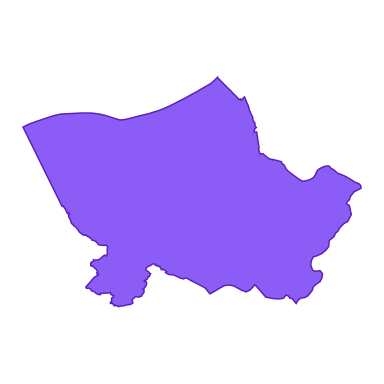 Moldova Noua, Caras-Severin, Romania, rotated 90°
{"feature_id": "2599482B11325322412339", "entity_name": "Moldova Noua", "entity_type": "district", "adm_level": 2, "iso_a3": "ROU", "parent_name": "Romania", "parent_adm1": "Caras-Severin", "projection": "albers", "projection_center": [21.687, 44.747], "detail": "fine", "context": "isolated", "style": "filled", "palette": "violet", "viewbox_px": 384, "rotation_deg": 90, "n_neighbors": 0, "source": "geoboundaries", "source_scale": "gbopen_adm2", "svg_char_len": 5197}
<svg xmlns="http://www.w3.org/2000/svg" viewBox="0 0 384 384"><g transform="rotate(90 192 192)"><path d="M294.6,285.6L294.6,283.5L293.6,284.0L293.2,283.0L293.2,281.7L293.4,280.7L293.2,279.5L293.2,278.2L293.1,277.0L293.0,275.8L293.1,275.5L292.5,273.6L292.9,273.6L293.3,273.3L293.8,273.2L294.4,273.2L295.9,270.1L296.8,270.8L297.1,271.0L297.7,271.8L298.0,272.3L299.1,272.4L299.7,272.4L301.1,272.4L301.6,272.5L302.5,273.7L303.5,273.5L303.2,271.6L304.9,270.5L305.9,269.4L305.0,268.9L306.0,266.8L306.3,266.2L306.5,265.4L306.6,265.1L306.2,263.8L305.9,262.4L305.8,261.1L305.7,259.7L304.8,257.5L304.8,256.5L304.7,255.6L304.6,254.7L304.4,253.7L304.3,253.3L303.0,251.1L300.9,251.7L299.5,251.6L298.5,250.4L296.7,248.6L296.8,246.8L297.1,244.8L296.5,243.6L296.2,242.7L294.3,241.4L293.3,240.7L292.6,240.1L291.5,240.0L290.6,240.0L289.1,240.1L289.1,240.6L289.1,240.8L288.2,239.8L287.1,238.9L285.9,238.1L283.6,237.3L283.1,237.4L281.8,237.7L281.1,238.3L281.2,239.0L281.4,240.4L280.8,239.6L279.7,238.2L279.3,237.4L279.0,236.7L278.0,236.2L277.7,236.2L277.0,236.2L277.0,235.8L276.8,235.4L276.4,234.5L276.2,234.4L274.8,234.0L273.8,233.4L273.3,234.4L271.8,235.3L271.0,237.0L270.0,237.8L269.9,238.0L269.3,238.1L267.8,237.7L266.7,236.3L266.1,235.5L265.7,233.9L264.8,232.5L264.0,231.4L263.8,230.3L263.8,229.4L264.9,229.0L265.4,228.4L265.1,227.3L265.9,226.9L266.3,225.7L266.4,224.4L266.7,224.0L267.6,223.8L268.7,223.0L269.8,222.6L269.2,221.0L271.6,217.4L272.6,218.4L274.2,216.0L274.7,213.8L274.7,210.9L275.6,209.1L276.7,206.4L278.0,203.9L278.9,200.8L277.9,197.7L281.2,191.8L286.3,181.7L288.4,178.4L293.9,174.1L286.4,161.1L285.6,159.5L285.0,155.0L285.9,150.3L290.0,142.8L291.9,137.9L290.1,134.0L284.7,129.0L297.2,118.1L297.5,116.1L297.9,114.0L298.3,112.0L298.7,110.1L298.9,104.4L298.2,100.4L295.0,98.0L296.2,95.3L298.2,94.2L298.6,91.8L301.5,89.5L303.5,87.9L300.6,86.2L298.2,83.5L297.5,79.1L295.8,76.1L290.5,71.8L286.6,70.6L285.3,69.0L284.0,67.4L282.8,65.8L281.7,64.1L277.7,62.0L273.7,61.5L270.6,64.0L271.3,68.6L270.1,71.4L265.3,73.2L261.0,72.8L256.8,70.7L256.3,68.8L255.7,66.9L254.9,65.1L254.1,63.3L253.6,62.3L250.1,58.1L246.7,55.4L241.0,54.8L239.4,53.7L238.8,52.6L238.0,51.5L237.1,50.6L236.1,49.7L233.5,48.7L231.1,46.1L227.6,44.1L223.5,40.0L221.5,36.3L214.4,32.6L213.0,33.0L211.6,33.4L210.1,33.6L208.6,33.8L205.4,34.8L203.7,37.6L201.6,36.7L199.5,34.4L197.2,34.0L195.8,33.1L194.5,32.1L193.2,31.0L191.9,30.0L188.3,23.0L186.2,23.1L184.2,24.3L181.8,29.7L180.2,32.0L178.7,34.5L177.3,36.9L176.0,39.4L175.2,41.1L174.5,42.8L173.9,44.6L173.3,46.3L169.4,50.7L168.6,53.0L166.6,54.2L165.9,55.8L166.4,59.6L167.1,61.2L167.9,62.9L168.8,64.5L169.9,66.0L171.0,66.9L172.3,67.6L173.6,68.2L175.0,68.7L177.8,70.8L179.7,74.2L180.9,78.5L181.2,81.6L178.8,85.7L171.3,95.7L168.6,98.1L164.9,100.0L163.6,102.0L161.7,102.6L160.9,105.6L160.1,108.5L159.5,111.5L158.9,114.6L157.7,116.3L156.4,118.0L155.0,119.6L153.6,121.2L154.1,123.8L149.2,125.5L148.0,124.9L132.0,127.4L132.3,129.9L131.4,129.8L130.5,129.6L129.6,129.4L128.7,129.2L127.5,127.7L126.7,128.4L125.9,129.0L123.1,129.0L122.4,129.6L121.6,130.1L120.9,130.6L120.0,131.0L119.2,131.3L117.2,131.3L113.0,133.4L112.8,133.5L112.1,133.7L110.9,134.3L110.1,134.6L109.8,134.7L106.7,135.4L98.3,138.9L96.9,139.5L99.6,142.3L99.8,142.3L100.1,143.0L99.0,143.7L99.7,145.1L99.0,145.5L97.1,147.1L95.3,148.8L94.2,150.1L90.9,153.1L88.0,156.2L77.5,166.6L77.4,166.6L78.3,167.4L83.2,172.8L87.6,180.2L90.5,185.4L90.8,185.6L93.9,191.4L98.0,198.8L101.8,206.2L104.2,210.8L107.3,217.2L110.4,224.9L113.6,235.1L116.1,245.5L117.6,251.2L119.4,258.4L119.9,262.2L119.9,264.5L116.7,274.7L116.3,276.1L115.4,278.8L114.2,283.9L113.2,290.8L113.0,294.2L113.0,302.6L114.1,323.3L115.4,329.2L117.7,336.6L120.1,343.6L121.8,348.7L123.9,354.4L126.5,359.9L127.1,361.0L205.6,322.3L206.5,321.8L206.2,320.5L208.5,319.3L208.7,319.1L209.0,318.6L210.5,318.1L212.2,317.3L213.3,316.8L212.5,315.5L214.3,314.5L214.8,315.6L215.9,315.3L216.6,315.3L217.2,315.3L217.9,314.7L218.6,314.3L219.8,313.7L220.9,313.2L222.6,312.8L223.4,312.4L223.8,312.1L224.3,311.1L225.0,310.8L225.8,310.3L226.1,309.6L226.7,308.6L226.8,308.3L227.5,307.9L228.3,307.2L229.1,306.6L230.0,306.0L230.3,305.6L230.7,305.4L231.5,305.0L232.3,304.4L232.9,303.7L233.8,302.0L234.6,301.8L234.8,301.1L235.2,299.7L235.1,298.8L235.3,297.6L236.2,296.9L236.5,296.4L237.0,295.1L237.7,294.5L237.7,294.4L237.8,293.6L238.1,293.0L239.8,292.4L240.1,292.0L240.2,291.2L240.7,289.8L241.4,288.4L242.2,287.4L242.8,286.9L244.7,285.6L245.1,283.6L245.4,281.7L245.3,277.6L247.1,276.3L249.7,276.9L251.0,276.7L252.3,276.7L253.6,276.8L254.9,277.1L256.0,277.6L255.4,278.8L255.1,279.5L256.4,281.2L257.5,282.3L258.7,283.7L259.7,285.6L259.9,285.9L260.1,287.0L259.9,287.7L260.0,288.5L260.2,289.2L259.9,290.2L260.6,289.8L261.6,291.5L262.4,292.7L263.3,293.3L263.5,293.0L264.4,293.3L265.4,293.3L265.8,293.1L266.0,291.9L266.3,291.8L266.2,291.3L266.5,290.8L266.9,290.3L267.7,289.8L269.4,287.7L270.7,286.9L272.5,286.4L272.9,287.3L273.8,287.1L274.2,285.4L275.1,285.9L277.2,289.6L286.9,298.1L288.4,297.5L288.3,297.0L288.2,296.5L288.2,296.0L288.2,295.5L288.3,295.0L288.4,294.5L288.6,294.0L288.8,293.6L290.6,292.7L292.1,289.1L292.9,288.4L293.6,287.5L294.2,286.6L294.6,285.6Z" fill="#8b5cf6" stroke="#5b21b6" stroke-width="1.5"/></g></svg>